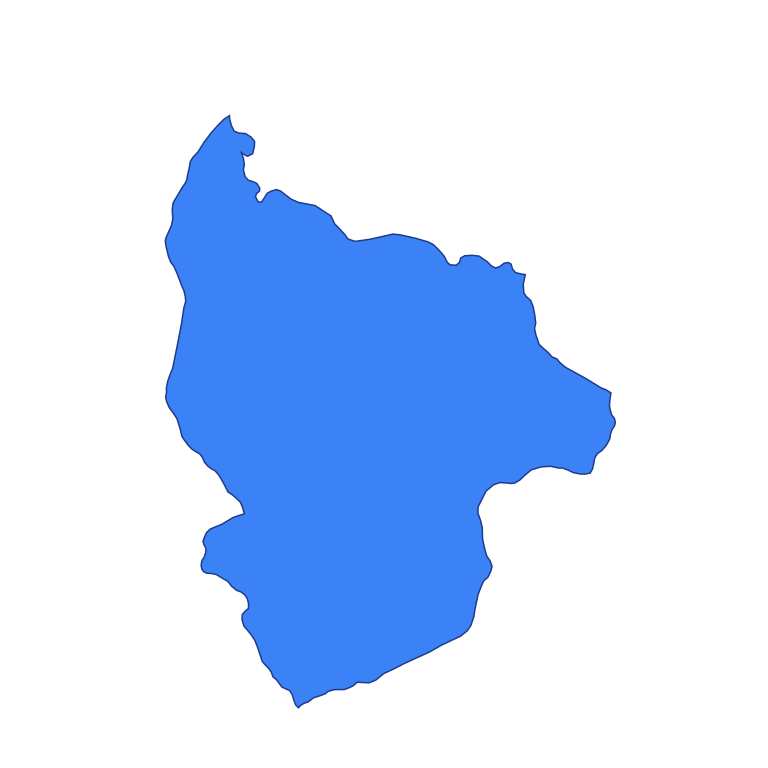 Ogoouè et Lacs, Moyen-Ogooué, Gabon, rotated 257°
{"feature_id": "22940354B45576072672451", "entity_name": "Ogoouè et Lacs", "entity_type": "district", "adm_level": 2, "iso_a3": "GAB", "parent_name": "Gabon", "parent_adm1": "Moyen-Ogooué", "projection": "mercator", "projection_center": [10.178, -0.763], "detail": "fine", "context": "isolated", "style": "filled", "palette": "blue", "viewbox_px": 768, "rotation_deg": 257, "n_neighbors": 0, "source": "geoboundaries", "source_scale": "gbopen_adm2", "svg_char_len": 3608}
<svg xmlns="http://www.w3.org/2000/svg" viewBox="0 0 768 768"><g transform="rotate(257 384 384)"><path d="M182.5,192.9L179.6,193.1L174.1,196.0L169.3,198.3L163.1,200.5L156.5,201.5L147.7,202.4L140.9,203.0L137.0,205.1L133.3,207.5L128.8,209.3L123.5,210.0L120.1,212.7L115.2,214.8L111.6,216.4L108.7,220.2L106.5,223.1L102.0,224.7L95.9,225.1L91.0,225.8L87.8,227.8L89.8,230.8L90.9,234.4L91.3,238.8L94.1,244.6L94.4,249.4L95.4,257.3L97.0,260.2L97.4,266.4L96.9,269.0L95.2,276.7L95.8,281.2L96.8,285.8L99.4,290.9L96.8,300.1L96.2,302.3L97.4,309.5L101.9,318.7L104.5,330.7L106.9,340.0L109.4,352.1L112.7,368.2L116.7,381.5L119.0,392.2L121.1,401.9L124.9,409.7L129.0,414.2L137.0,419.2L142.9,421.5L150.4,424.9L157.7,428.3L164.8,433.1L169.7,436.8L172.3,441.7L177.5,445.9L182.1,448.3L188.0,447.5L193.4,445.4L202.1,445.0L210.9,445.2L221.7,447.4L228.9,447.4L237.1,446.5L243.2,448.1L251.9,455.4L256.7,459.3L261.2,468.2L261.9,474.7L260.1,480.9L258.5,485.2L258.1,489.1L259.9,494.8L263.5,500.9L267.2,508.2L267.9,518.4L266.3,528.0L262.8,535.3L261.9,539.1L258.9,543.7L255.1,548.5L252.2,554.9L251.0,559.6L250.8,564.9L254.4,568.1L258.5,570.1L259.9,570.7L264.7,572.8L268.1,576.2L270.4,581.7L274.5,587.0L279.5,591.5L284.0,593.3L287.8,595.6L291.1,599.0L294.5,600.8L298.5,600.8L302.9,598.8L309.0,598.6L312.2,598.8L319.0,601.0L324.3,603.1L328.4,599.0L331.5,594.5L343.9,581.9L359.6,564.4L365.4,560.1L369.6,558.1L372.5,553.9L377.7,551.0L383.4,546.9L387.7,544.1L397.6,543.0L404.4,543.2L409.1,545.5L417.1,546.4L426.2,546.7L432.4,545.7L437.6,542.1L441.5,540.8L449.9,542.1L458.9,546.3L459.9,543.3L462.9,537.3L466.9,535.1L472.2,534.8L474.4,532.5L474.7,528.2L472.4,523.2L471.9,518.9L474.9,515.2L479.9,512.1L487.2,505.5L489.5,499.1L490.8,491.6L489.5,487.0L485.6,485.0L483.5,481.1L485.2,475.2L488.4,473.0L495.0,471.4L502.0,467.7L508.8,463.4L512.5,459.0L518.8,447.7L525.7,433.3L528.1,426.3L528.1,412.0L528.2,402.4L529.5,387.8L533.4,381.5L537.9,379.7L546.6,374.8L551.2,371.9L559.5,370.3L573.4,356.9L575.9,351.2L577.5,347.6L580.5,341.0L585.1,335.0L590.3,330.7L595.3,326.6L597.6,323.0L597.3,317.1L596.1,313.1L592.9,309.9L588.9,305.7L589.6,302.5L595.3,300.9L598.2,302.6L600.0,306.1L602.8,307.0L608.1,305.1L610.6,301.9L613.1,297.6L617.1,295.3L624.5,295.2L628.8,297.2L635.6,297.8L641.5,297.1L638.2,300.3L636.6,302.4L637.9,307.8L644.3,311.0L649.4,312.5L654.4,310.1L659.2,305.4L661.0,299.4L664.0,294.9L669.8,293.5L677.0,293.2L680.2,293.8L678.1,287.8L673.6,280.6L667.3,271.7L659.6,262.6L651.9,254.9L647.9,248.9L644.6,245.5L637.2,242.3L630.9,239.2L627.8,238.1L624.4,235.5L620.5,231.2L613.9,225.0L609.2,220.4L607.0,218.9L601.2,216.8L592.5,215.4L586.1,212.5L576.1,204.9L572.8,203.1L567.0,202.6L556.6,202.7L550.8,203.6L545.5,205.9L537.3,207.4L525.4,209.0L520.3,210.0L514.2,210.1L509.2,209.4L503.4,206.2L488.2,200.2L468.4,191.4L446.6,181.5L441.5,177.8L435.3,173.9L428.9,171.0L424.9,170.3L420.1,168.2L415.3,168.3L409.1,169.5L403.5,172.0L396.8,174.5L385.5,175.3L378.4,175.3L373.7,177.1L368.4,179.4L363.9,182.1L359.8,186.0L357.5,188.6L353.9,190.4L347.9,191.6L343.3,194.1L339.9,197.0L337.7,199.7L333.0,202.3L327.8,204.1L320.8,206.0L314.1,207.6L310.0,211.4L305.3,214.8L301.1,217.4L296.5,218.3L288.8,218.8L288.6,213.9L287.8,206.7L285.2,198.7L283.8,194.5L282.4,185.6L281.6,181.7L279.1,177.6L274.1,173.9L271.3,172.2L267.5,172.5L263.7,173.6L259.7,172.3L255.4,169.6L253.6,167.5L251.7,166.3L248.2,165.0L244.3,164.9L241.6,166.2L239.4,168.8L238.5,172.3L236.2,177.6L230.0,184.0L227.0,187.3L221.1,190.1L216.0,194.1L213.5,198.0L209.5,201.2L205.5,202.5L200.5,202.6L195.8,201.4L193.6,197.1L191.3,194.1L186.6,192.6L182.5,192.9Z" fill="#3b82f6" stroke="#1e3a8a" stroke-width="1.5"/></g></svg>